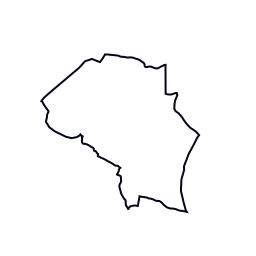 the district of Monier, Gros Islet, Saint Lucia, rotated 116°
{"feature_id": "8701671B21062082038543", "entity_name": "Monier", "entity_type": "district", "adm_level": 2, "iso_a3": "LCA", "parent_name": "Saint Lucia", "parent_adm1": "Gros Islet", "projection": "natural_earth1", "projection_center": [-60.941, 14.03], "detail": "fine", "context": "isolated", "style": "outline", "palette": "ink", "viewbox_px": 256, "rotation_deg": 116, "n_neighbors": 0, "source": "geoboundaries", "source_scale": "gbopen_adm2", "svg_char_len": 4403}
<svg xmlns="http://www.w3.org/2000/svg" viewBox="0 0 256 256"><g transform="rotate(116 128 128)"><path d="M177.6,38.4L176.4,40.2L170.6,45.3L161.3,52.9L150.9,57.4L141.0,59.2L137.9,60.9L124.1,62.1L114.3,61.6L109.6,61.6L106.2,61.5L103.2,61.0L102.7,62.3L101.6,64.9L101.0,68.3L100.5,72.0L99.5,74.8L98.3,77.8L96.3,81.5L94.5,84.3L92.6,88.9L92.0,92.6L90.3,94.9L87.7,96.0L85.2,97.0L82.6,97.7L79.3,97.9L76.9,98.1L75.2,99.3L75.3,99.8L75.5,100.2L75.7,100.5L75.8,100.7L76.1,100.9L78.4,103.2L78.8,103.7L79.0,104.1L79.3,104.5L79.5,105.0L79.7,105.4L79.9,105.9L80.0,106.1L80.1,106.4L80.3,106.9L80.4,107.3L80.5,107.9L80.5,108.3L80.6,108.8L80.7,109.2L54.8,122.0L55.4,122.9L57.4,124.5L57.8,124.8L58.2,125.2L58.6,125.5L59.0,125.8L59.4,126.0L59.8,126.3L60.2,126.6L60.7,126.9L61.0,127.2L61.3,127.4L61.5,127.6L61.7,128.0L61.9,128.5L62.0,128.9L62.3,129.4L62.4,130.0L62.4,130.7L62.5,131.1L62.6,131.7L62.6,132.2L62.7,132.9L62.7,133.3L62.8,133.9L62.8,134.3L62.9,134.8L63.1,135.2L63.2,135.5L63.6,136.0L64.1,136.7L64.4,137.1L64.5,137.3L64.8,137.6L65.1,138.1L65.3,138.5L65.4,139.3L65.3,139.7L65.0,140.1L64.7,140.4L64.2,140.7L63.7,141.0L63.3,141.3L62.9,141.6L62.8,141.9L62.7,142.5L62.5,143.1L62.4,143.7L62.3,144.3L62.2,144.8L62.1,145.4L62.1,145.8L61.9,146.4L61.9,146.7L61.8,147.3L61.8,147.8L61.8,148.1L61.8,148.5L61.9,149.1L62.0,149.8L62.1,150.4L62.2,150.9L62.3,151.4L62.3,151.9L62.4,152.5L62.5,153.1L62.5,153.7L62.6,154.1L62.6,154.5L62.8,155.1L63.0,155.6L63.2,156.2L63.5,156.8L63.8,157.4L64.1,157.9L64.4,158.5L64.7,159.0L64.9,159.5L65.1,160.0L65.3,160.5L65.4,161.0L65.6,162.1L65.8,162.9L66.1,163.4L66.3,163.9L66.6,164.4L66.8,165.0L67.0,165.7L67.1,166.2L67.2,166.9L67.2,167.5L67.3,168.2L67.4,168.9L67.5,169.4L67.8,170.2L68.1,170.9L68.3,171.6L68.7,172.5L68.8,172.9L69.0,173.3L69.2,174.0L69.5,174.9L69.8,175.4L70.0,176.2L70.2,176.8L70.4,177.3L70.6,178.0L70.8,178.5L71.3,179.3L72.0,180.9L72.3,180.9L73.8,181.0L74.8,181.1L75.6,181.2L76.2,181.2L76.7,181.3L77.3,181.4L78.0,181.4L78.9,181.7L79.6,181.8L80.0,181.9L80.6,182.0L80.9,182.0L81.1,182.1L81.7,190.6L85.9,194.9L86.7,195.7L86.9,195.9L90.0,196.8L95.3,198.3L103.6,202.0L124.7,211.3L136.1,216.2L138.5,217.0L141.3,217.6L142.0,217.6L142.0,217.4L142.0,217.2L142.0,216.8L142.2,216.1L142.7,215.5L143.3,214.7L144.1,213.5L144.8,212.3L145.7,210.6L146.7,208.8L147.1,207.9L147.3,207.6L147.7,207.1L147.8,206.9L148.1,206.6L149.5,206.6L150.6,206.6L152.4,206.3L153.4,205.7L158.4,204.5L161.9,198.9L163.1,191.9L163.1,180.0L161.8,174.2L160.3,172.2L158.8,170.2L156.4,168.5L154.8,167.9L154.7,167.9L155.1,166.9L155.3,166.6L155.4,166.4L155.3,165.8L155.3,165.2L155.7,164.9L155.8,165.0L156.0,165.3L156.2,165.5L156.8,165.3L157.5,164.8L158.0,164.4L158.8,164.0L159.3,164.0L160.5,163.5L160.9,163.2L161.2,162.7L161.7,161.8L161.8,161.4L161.3,160.4L161.1,159.7L160.9,158.9L160.8,158.4L160.7,157.5L160.7,156.4L160.8,155.3L160.9,154.3L161.0,153.6L161.1,153.0L161.1,152.2L161.1,151.3L161.1,150.6L161.4,150.0L161.8,149.6L162.7,149.2L163.1,148.9L163.3,148.7L163.3,148.3L163.0,147.6L162.9,147.3L163.1,146.6L163.5,145.9L164.0,145.2L164.3,144.2L164.6,143.5L165.5,143.2L166.5,142.8L166.6,141.5L166.5,140.5L166.5,138.6L166.4,137.0L166.4,135.4L166.4,134.4L166.5,133.3L166.6,132.5L166.7,131.3L166.7,130.2L166.7,129.2L166.7,128.3L166.8,127.0L167.0,125.6L167.2,124.3L167.3,123.3L166.9,121.5L166.5,120.5L167.2,117.5L167.7,117.8L168.2,118.0L169.2,117.8L170.6,117.5L171.8,117.4L172.8,117.4L174.1,117.5L174.5,117.5L174.7,117.3L174.7,117.0L174.7,116.9L174.7,116.5L174.5,115.6L174.4,114.4L174.6,113.4L175.3,112.9L178.8,110.9L179.5,110.8L180.3,110.6L181.4,110.7L182.2,110.7L182.7,110.7L183.1,110.6L183.5,110.5L184.0,110.3L184.4,110.0L184.6,109.8L185.7,109.1L186.9,108.0L187.8,107.1L188.8,106.4L189.8,105.5L190.8,104.3L191.8,102.8L192.5,101.7L193.2,100.7L193.6,99.6L194.1,98.5L194.6,98.1L195.4,97.7L196.5,97.2L197.2,96.7L198.4,95.9L198.7,95.5L199.1,94.7L199.4,94.1L201.2,91.8L200.6,92.1L199.6,92.2L198.0,91.9L197.1,91.1L196.0,89.9L195.4,89.1L194.7,87.9L194.3,86.9L194.0,85.9L193.8,85.0L184.3,87.7L183.9,85.7L183.0,83.1L182.5,81.6L182.2,80.4L182.3,79.1L181.9,77.6L181.5,76.5L181.3,75.1L181.1,74.0L181.2,72.9L181.2,71.6L181.0,70.5L180.5,69.3L179.9,67.9L179.9,67.0L180.1,65.7L180.4,64.6L180.9,63.4L181.4,62.4L181.6,61.4L181.9,59.9L182.3,58.1L182.1,56.9L181.9,55.2L181.4,53.7L180.7,52.3L180.2,50.5L179.9,48.6L179.8,46.7L179.7,45.8L179.3,44.5L178.8,43.2L178.3,41.3L177.9,39.7L177.6,38.4Z" fill="none" stroke="#020617" stroke-width="2"/></g></svg>